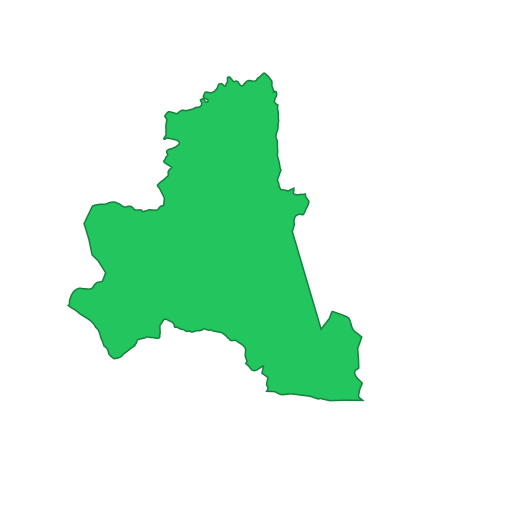 Birim Central Municipal, Eastern, Ghana, rotated 121°
{"feature_id": "2480657B80684943588404", "entity_name": "Birim Central Municipal", "entity_type": "district", "adm_level": 2, "iso_a3": "GHA", "parent_name": "Ghana", "parent_adm1": "Eastern", "projection": "mercator", "projection_center": [-1.02, 5.977], "detail": "fine", "context": "isolated", "style": "filled", "palette": "green", "viewbox_px": 512, "rotation_deg": 121, "n_neighbors": 0, "source": "geoboundaries", "source_scale": "gbopen_adm2", "svg_char_len": 6151}
<svg xmlns="http://www.w3.org/2000/svg" viewBox="0 0 512 512"><g transform="rotate(121 256 256)"><path d="M395.6,313.8L395.6,314.1L395.4,314.3L395.0,314.5L393.8,313.9L392.9,313.8L392.2,313.8L389.5,314.4L388.8,314.4L388.5,314.2L382.8,308.5L381.9,308.1L381.4,307.6L380.9,306.7L380.6,305.5L380.3,304.7L379.1,302.4L377.4,298.2L377.2,297.8L376.4,297.1L376.0,296.8L374.9,296.8L373.2,297.9L371.5,298.4L365.3,302.5L357.5,302.2L356.5,300.4L356.3,299.8L356.4,297.5L355.9,295.2L355.9,293.7L356.6,291.4L357.5,290.3L358.3,289.8L358.8,289.1L358.7,288.4L357.5,286.9L357.7,285.1L357.4,282.9L356.4,280.0L356.5,276.9L354.7,274.4L354.4,272.2L353.5,270.9L352.7,270.1L350.9,268.8L349.0,265.8L347.5,264.3L345.5,263.4L345.0,262.6L344.7,261.5L344.5,259.8L343.9,258.3L342.6,256.4L342.3,254.0L339.3,246.0L339.9,240.3L340.8,237.9L340.8,236.1L341.5,235.0L341.4,233.9L340.4,232.3L339.2,230.8L338.8,230.2L339.2,221.8L339.7,219.5L340.0,218.6L341.4,216.8L347.2,213.8L348.7,212.2L350.9,209.4L353.5,209.4L353.7,208.3L353.9,206.7L354.3,205.1L355.6,201.7L355.8,200.7L355.4,198.8L354.3,197.3L352.9,196.4L347.0,193.5L346.6,193.2L346.5,192.8L353.4,190.6L354.0,183.0L359.4,181.4L360.8,180.7L361.7,179.6L362.2,178.3L363.5,177.3L365.1,177.1L366.5,177.2L363.1,171.0L362.5,169.3L362.3,165.2L362.1,163.9L361.6,162.5L360.6,160.8L359.5,159.6L357.3,156.5L356.3,155.5L348.4,137.5L346.5,129.0L344.9,127.4L344.4,125.6L341.9,118.1L333.3,104.7L324.8,90.1L324.4,92.3L324.4,93.7L324.2,94.7L323.7,95.5L322.5,96.4L316.5,98.5L311.6,99.1L310.4,99.5L310.1,99.9L308.8,105.4L308.1,107.5L306.4,110.4L305.4,111.2L304.2,111.8L303.4,111.9L302.1,111.8L300.4,110.7L299.2,110.2L292.5,114.4L283.0,121.2L271.0,123.6L270.2,128.9L270.0,132.0L269.5,133.8L268.3,136.2L266.5,138.4L265.3,139.5L262.0,143.4L261.6,144.5L261.4,145.4L261.3,146.2L261.9,150.9L264.2,162.1L266.4,162.1L267.1,161.8L271.3,161.0L272.1,161.0L285.2,162.5L216.2,237.6L213.5,238.1L211.5,238.7L209.3,239.2L206.5,241.5L203.3,242.6L201.0,242.5L197.9,240.7L197.3,239.3L197.0,237.7L196.1,236.8L193.3,236.8L192.5,237.0L189.9,237.4L188.7,237.2L186.9,237.7L185.6,237.6L184.2,237.9L182.2,238.6L181.6,239.4L180.3,242.5L179.9,243.7L177.4,245.6L179.2,247.6L179.7,248.8L180.7,250.2L181.9,251.3L183.2,254.3L183.1,256.3L181.1,257.2L180.4,257.2L178.4,258.4L181.3,260.5L183.2,261.4L183.5,262.3L184.1,262.7L184.3,264.0L184.6,265.0L186.3,269.0L185.5,270.2L184.7,271.7L182.0,274.0L179.7,277.0L174.9,277.8L172.1,278.5L169.5,278.8L168.1,280.7L166.0,282.4L162.7,285.4L158.7,289.6L155.2,291.2L152.6,293.1L148.2,295.8L145.8,297.6L144.3,299.9L142.2,301.0L140.0,301.8L137.1,302.3L134.4,303.3L132.0,304.8L128.6,306.1L125.6,308.3L122.8,309.9L120.6,311.6L118.4,313.6L115.2,315.1L115.3,317.1L114.7,319.4L113.5,320.1L111.1,320.7L109.2,320.8L107.6,321.1L106.0,321.9L104.8,323.3L105.1,324.4L106.4,325.3L105.2,325.8L104.6,326.8L101.7,330.2L98.9,331.7L98.1,332.4L97.7,333.1L96.8,335.0L95.4,339.2L95.3,340.2L94.9,341.6L94.8,342.4L95.2,343.4L96.2,343.9L101.1,345.2L101.2,345.4L101.6,345.5L102.3,346.0L103.1,346.2L105.3,346.2L106.1,346.6L106.9,347.3L107.3,348.0L108.0,349.3L108.7,351.7L109.8,353.1L110.9,353.8L112.2,354.2L114.4,354.8L114.7,354.9L115.2,354.7L116.5,355.0L117.5,355.5L117.7,356.4L117.6,357.9L116.7,359.8L116.1,360.7L115.9,361.6L115.9,362.1L116.3,363.2L117.7,364.4L118.0,365.0L117.8,365.9L116.6,369.3L116.2,369.8L116.4,371.4L116.9,372.0L117.6,372.3L118.6,372.0L119.3,371.4L120.8,370.5L122.3,370.1L124.2,370.2L125.7,369.7L126.3,370.0L126.6,370.6L126.4,371.9L126.0,373.2L126.0,374.2L126.6,375.0L127.9,376.4L132.2,375.7L135.9,376.3L137.8,377.3L138.8,378.1L139.5,378.9L141.0,383.1L141.4,383.5L142.1,383.9L142.6,384.0L144.7,383.5L145.8,383.6L146.4,383.4L146.8,382.9L147.0,381.0L147.0,377.7L147.3,377.2L148.0,376.8L148.7,376.9L149.3,377.2L149.6,377.6L149.8,378.6L149.5,379.4L148.3,381.3L148.7,382.9L150.1,383.7L150.6,383.6L150.8,384.0L151.5,383.4L152.3,382.0L153.0,381.2L153.8,380.7L155.4,380.5L155.9,380.5L156.4,380.7L157.6,381.5L158.1,382.0L158.5,382.4L159.5,384.0L160.4,384.7L161.9,385.2L166.1,389.4L167.4,390.8L167.9,391.6L168.3,393.0L169.2,394.6L169.6,394.9L171.9,395.9L172.5,396.4L173.1,396.6L174.3,396.6L175.0,397.7L176.6,403.7L177.1,404.9L177.4,405.3L179.2,405.9L180.4,406.2L182.7,406.3L183.4,406.0L184.5,403.3L185.3,402.6L186.3,402.1L188.7,401.2L191.2,400.1L194.3,398.0L195.7,397.4L196.5,396.6L197.6,395.9L198.5,395.5L201.1,395.5L201.3,395.6L202.7,395.6L203.2,394.8L203.0,394.3L201.1,393.4L200.5,392.7L200.3,392.3L199.8,390.7L199.5,390.2L197.7,384.0L197.6,383.4L197.7,381.0L198.2,380.3L199.1,379.7L200.3,379.6L202.6,380.5L203.3,380.9L203.8,381.0L207.0,383.2L209.3,385.5L211.1,386.4L212.1,386.5L213.1,386.0L214.7,383.8L215.1,383.6L216.1,383.6L217.4,384.1L218.9,384.0L220.2,383.6L221.3,383.9L222.3,383.9L222.8,383.3L223.1,382.4L223.3,374.5L223.8,373.8L224.6,373.9L226.3,374.7L228.6,374.8L229.8,374.3L231.7,372.8L232.5,372.7L237.6,374.2L241.3,375.7L243.5,376.4L244.7,376.6L246.1,377.0L247.1,375.8L247.3,374.7L247.7,373.6L253.2,364.8L254.2,364.0L255.8,363.2L256.6,363.0L259.3,361.6L260.5,361.3L260.5,361.6L261.2,362.4L262.5,363.3L264.1,363.8L264.8,363.9L265.9,363.8L266.8,364.1L267.8,364.7L268.2,365.2L269.0,366.8L269.4,367.2L269.6,368.0L270.5,369.5L271.2,371.2L273.3,373.0L274.9,374.6L275.5,375.0L276.3,376.0L275.8,377.4L275.7,378.1L275.9,378.3L276.0,379.0L277.3,380.7L278.5,382.6L278.9,384.1L278.0,386.6L277.9,388.1L278.0,388.9L278.6,390.3L279.7,391.7L280.8,392.6L281.8,393.8L282.0,396.1L281.7,399.3L282.5,404.8L283.5,406.6L285.9,409.4L288.3,411.0L289.8,412.5L291.7,416.0L295.5,420.4L297.4,421.9L316.7,420.1L327.8,407.8L339.4,397.1L341.5,388.6L347.8,376.2L356.6,374.7L357.0,374.8L358.9,376.6L360.4,378.5L361.5,379.0L362.6,379.3L364.8,379.7L367.4,379.7L368.0,379.9L369.9,381.3L370.4,382.0L372.4,386.4L373.2,387.5L373.8,389.2L374.5,390.7L375.0,391.2L377.5,393.0L380.5,394.0L383.4,394.1L384.9,394.0L390.0,393.0L393.2,391.2L394.8,391.1L395.1,391.4L395.5,387.6L395.4,382.7L396.3,376.8L396.4,368.2L396.8,363.7L398.2,359.2L399.6,356.9L400.5,353.3L403.2,349.7L405.9,347.0L409.1,342.5L411.3,340.2L411.8,337.0L412.7,334.8L415.8,331.6L416.8,328.5L417.2,324.8L414.5,321.7L411.8,319.8L407.8,318.9L404.7,317.6L396.3,314.3L395.6,313.8Z" fill="#22c55e" stroke="#15803d" stroke-width="1.5"/></g></svg>